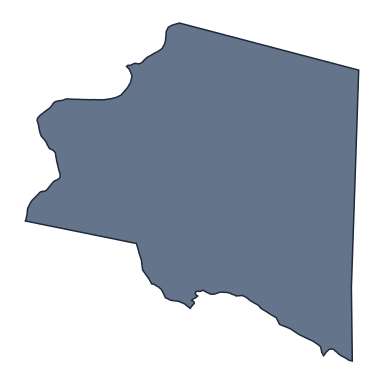 Morne Paul, Laborie, Saint Lucia (Albers equal-area conic projection)
{"feature_id": "8701671B65386836314559", "entity_name": "Morne Paul", "entity_type": "district", "adm_level": 2, "iso_a3": "LCA", "parent_name": "Saint Lucia", "parent_adm1": "Laborie", "projection": "albers", "projection_center": [-61.012, 13.766], "detail": "fine", "context": "isolated", "style": "filled", "palette": "slate", "viewbox_px": 384, "rotation_deg": 0, "n_neighbors": 0, "source": "geoboundaries", "source_scale": "gbopen_adm2", "svg_char_len": 3587}
<svg xmlns="http://www.w3.org/2000/svg" viewBox="0 0 384 384"><path d="M351.4,287.2L355.1,178.2L358.7,70.1L179.3,23.0L179.1,23.2L177.6,23.6L175.9,24.0L171.6,25.4L170.1,26.3L168.3,27.2L166.2,31.5L166.0,35.0L165.5,40.4L164.9,42.8L164.3,44.6L162.1,48.5L160.8,49.5L157.3,51.8L154.7,53.0L150.6,55.5L147.5,57.1L146.9,57.6L144.0,60.2L142.0,62.4L141.7,62.7L139.4,63.8L138.3,63.8L137.0,63.6L135.7,63.3L134.1,63.5L130.5,65.3L129.8,65.3L127.9,65.3L126.5,66.5L128.6,68.5L129.0,68.7L130.0,71.1L130.6,72.1L132.0,75.9L131.1,80.1L130.5,82.6L127.2,88.1L125.3,90.2L120.9,95.2L115.9,97.5L111.1,98.7L108.6,99.0L104.3,99.7L101.5,99.8L96.7,99.7L94.5,99.6L90.2,99.7L86.4,99.6L81.7,99.5L77.5,99.3L73.7,99.3L70.3,99.1L67.8,98.9L65.6,99.1L63.0,100.2L61.7,100.5L59.1,100.7L55.1,101.7L54.1,102.5L52.7,104.1L52.4,104.8L51.3,106.2L50.0,107.8L48.3,109.0L46.8,110.2L45.7,110.9L44.0,112.2L42.7,113.3L41.2,114.4L40.6,114.9L38.2,117.3L37.5,118.6L37.2,119.6L37.1,120.4L37.2,121.0L37.6,122.0L38.0,123.0L38.2,123.9L38.4,124.8L38.7,126.1L38.8,127.2L39.0,128.4L39.3,129.5L39.4,130.2L39.6,131.0L39.7,131.4L40.1,132.9L40.3,133.6L40.6,134.5L41.1,135.8L41.5,136.4L41.9,136.9L42.8,137.8L43.5,138.7L44.0,139.2L44.6,139.9L45.3,140.9L45.8,141.6L46.3,142.4L46.5,142.9L46.9,143.7L47.2,144.6L47.6,145.4L48.1,146.1L48.4,146.7L48.8,147.4L49.2,148.1L49.8,148.7L50.2,149.0L51.1,149.4L52.3,149.8L52.9,150.2L53.4,150.5L54.0,151.3L54.6,151.8L54.9,152.2L55.3,152.8L55.5,153.3L55.6,154.9L56.1,157.5L56.5,159.8L56.7,161.1L57.7,165.2L58.4,168.3L59.0,170.5L59.6,172.5L59.9,173.6L60.1,174.5L60.1,175.3L60.2,175.7L60.2,176.3L60.0,176.9L59.9,177.3L59.5,178.1L58.9,178.6L58.0,179.3L56.7,180.0L55.2,180.6L54.2,181.1L53.6,181.6L52.9,182.4L52.1,183.3L51.1,184.6L48.9,187.2L47.4,189.2L46.4,190.2L45.3,191.1L44.8,191.2L44.4,191.3L43.7,191.4L43.9,191.2L41.9,191.4L42.2,191.5L41.4,191.6L40.8,191.8L40.0,192.3L39.5,192.8L38.6,193.8L34.2,198.2L32.6,199.8L31.8,200.7L31.1,201.7L30.4,202.8L30.0,203.7L29.4,204.8L29.3,205.2L28.8,206.3L28.2,207.3L27.7,208.4L27.5,209.5L27.4,210.5L27.3,211.7L27.1,213.9L27.0,214.8L26.7,216.0L26.4,217.3L26.2,218.4L25.9,219.5L25.7,220.2L25.3,221.0L136.4,243.5L138.3,249.9L139.2,253.5L141.4,260.1L142.1,266.2L142.7,270.2L144.4,272.5L148.8,278.7L151.7,283.9L154.5,284.4L155.6,285.4L158.4,286.9L161.3,289.4L162.6,291.8L164.5,295.6L165.5,297.8L167.5,298.6L170.2,300.1L171.7,300.5L174.1,300.7L178.0,301.2L182.2,302.8L184.8,304.0L187.7,306.4L190.2,308.4L192.3,305.5L194.2,303.6L194.3,302.6L193.6,301.5L191.7,300.3L193.2,298.9L195.6,297.8L197.7,296.0L195.9,294.8L195.2,293.2L196.2,291.6L197.5,291.0L198.9,291.5L201.1,291.2L202.8,290.1L204.3,291.0L207.1,292.5L210.4,294.1L212.6,294.2L214.5,294.1L216.1,293.6L219.9,292.2L222.7,292.2L227.3,292.5L230.4,293.3L232.1,294.4L234.3,294.8L236.1,296.0L237.0,295.9L239.1,295.8L241.2,295.5L242.3,295.6L243.7,296.1L245.1,296.7L246.4,297.5L248.3,299.0L250.1,300.5L251.8,301.5L253.0,302.2L253.6,302.7L254.8,303.3L256.1,304.0L257.8,304.9L258.5,305.5L259.2,306.1L260.1,307.5L261.3,308.6L262.7,309.5L265.8,311.3L267.8,312.6L270.3,314.2L272.1,315.3L274.7,316.8L276.1,317.5L279.6,324.4L283.1,325.8L286.7,327.2L289.2,328.3L290.7,329.0L295.1,331.9L297.0,333.3L300.1,335.1L303.6,336.7L306.7,338.3L311.0,340.2L313.2,341.3L318.5,344.9L319.5,345.8L320.0,346.1L320.5,347.0L321.1,349.0L321.4,350.3L321.8,352.5L322.8,354.1L323.4,355.7L324.7,354.4L325.9,352.5L327.0,351.4L328.9,349.6L329.6,349.3L332.7,349.0L333.8,349.5L334.9,350.7L335.9,351.5L336.9,352.2L337.7,353.1L340.6,355.5L342.2,356.3L345.4,357.9L346.6,358.7L349.0,360.3L350.5,360.6L352.3,361.0L351.4,287.2Z" fill="#64748b" stroke="#1e293b" stroke-width="1.5"/></svg>